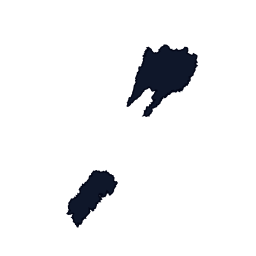 Hpa-An, Kayin, Myanmar (Albers equal-area conic projection), rotated 239°
{"feature_id": "60261553B96608852730046", "entity_name": "Hpa-An", "entity_type": "district", "adm_level": 2, "iso_a3": "MMR", "parent_name": "Myanmar", "parent_adm1": "Kayin", "projection": "albers", "projection_center": [97.347, 18.013], "detail": "fine", "context": "isolated", "style": "filled", "palette": "ink", "viewbox_px": 256, "rotation_deg": 239, "n_neighbors": 0, "source": "geoboundaries", "source_scale": "gbopen_adm2", "svg_char_len": 5812}
<svg xmlns="http://www.w3.org/2000/svg" viewBox="0 0 256 256"><g transform="rotate(239 128 128)"><path d="M183.4,188.2L185.8,187.2L185.6,186.9L186.0,186.4L186.5,186.7L186.8,185.7L185.6,185.9L185.2,184.7L185.0,185.6L184.4,185.5L184.6,183.6L185.3,183.7L185.3,183.3L184.6,182.9L183.7,183.1L183.5,182.5L184.2,181.9L183.0,181.5L183.2,180.9L182.4,181.1L182.4,180.3L181.9,180.1L182.0,179.4L181.0,179.8L181.2,179.1L181.9,178.8L182.0,178.3L181.8,178.1L180.9,178.7L180.1,178.2L179.3,176.8L177.2,176.0L176.9,175.0L176.0,174.2L175.3,174.2L175.4,173.3L174.8,172.4L174.0,172.4L173.5,171.5L173.5,170.2L174.3,169.2L173.8,168.9L173.8,168.3L172.5,167.7L171.9,167.9L170.8,166.2L169.8,165.4L170.5,164.9L170.5,164.7L169.1,163.7L166.6,160.3L165.1,160.3L164.8,159.2L162.4,158.5L162.1,157.3L161.6,157.0L161.0,155.4L157.7,152.7L155.9,150.5L154.5,149.5L154.3,148.8L152.5,146.5L152.5,145.4L153.1,144.8L152.3,143.7L151.4,143.4L150.8,142.0L149.8,141.3L149.8,140.6L148.7,140.6L147.3,138.8L146.8,139.1L146.8,140.5L147.1,141.9L148.1,143.5L147.7,144.7L149.1,148.5L148.6,150.6L149.2,151.6L149.5,155.1L151.6,159.2L151.6,160.4L152.7,161.7L152.0,164.6L152.3,167.0L151.7,167.5L150.2,168.0L148.1,167.8L147.2,168.0L146.3,170.9L145.5,172.0L144.9,171.8L144.9,170.6L144.1,169.0L143.4,168.3L142.0,164.4L141.0,164.0L140.7,164.2L139.9,164.1L138.4,165.3L138.3,164.3L138.0,164.5L138.0,163.6L136.6,163.1L136.6,162.5L137.2,162.0L137.0,161.7L137.2,161.2L136.5,161.4L136.2,160.3L135.5,159.8L136.5,158.7L134.8,157.0L136.3,155.1L136.1,154.7L134.0,153.0L134.0,152.4L133.2,151.7L134.0,151.0L132.3,150.3L132.3,149.7L131.2,149.2L130.7,147.8L130.2,149.3L128.8,149.6L128.3,151.9L127.8,152.2L128.7,153.1L128.7,153.8L129.1,154.1L129.0,155.3L129.5,155.8L130.2,157.4L132.5,158.2L132.7,159.5L132.2,160.2L132.3,161.6L131.8,162.9L132.0,163.8L133.0,164.6L132.7,164.7L132.6,166.5L133.2,167.3L133.0,168.1L134.3,169.3L134.3,169.6L134.8,169.9L134.5,170.4L134.8,171.0L135.2,171.2L135.6,171.8L136.0,171.6L136.1,172.2L135.6,172.5L135.6,172.9L136.2,173.0L136.6,173.7L136.4,174.7L135.2,175.2L135.1,176.1L135.2,176.4L135.7,176.2L135.5,176.8L135.9,176.8L135.9,177.5L136.4,177.9L135.9,178.3L136.4,178.7L136.3,179.2L137.0,179.8L136.8,179.9L136.2,179.7L135.7,181.0L136.2,181.2L135.9,181.6L136.1,182.3L136.6,182.5L136.4,182.8L136.8,183.1L136.4,183.5L136.8,184.4L137.4,184.7L137.0,185.4L136.4,185.3L136.8,186.1L136.4,186.3L136.3,185.8L135.8,185.7L135.4,186.4L135.5,187.1L134.8,188.2L134.6,188.0L134.6,187.4L134.4,187.5L134.3,188.5L134.9,188.8L135.3,189.6L134.9,190.5L134.8,190.2L134.4,190.3L134.6,191.1L133.8,191.5L133.2,190.8L132.8,191.1L133.8,191.9L133.2,192.0L133.2,192.4L134.0,192.4L134.3,192.8L133.7,192.8L133.5,193.3L132.7,193.5L133.4,194.2L132.9,194.3L133.0,194.6L133.7,195.5L134.5,195.8L134.5,196.6L134.9,196.7L135.1,197.4L134.4,198.2L135.0,199.0L134.8,200.4L134.4,201.0L134.8,201.4L135.6,200.7L135.3,201.7L135.7,202.4L135.5,202.8L137.5,203.7L137.5,204.2L136.8,204.4L136.6,205.0L137.2,205.9L138.7,206.6L139.1,206.3L140.2,207.0L139.6,207.7L139.9,208.8L140.1,211.1L141.1,211.4L143.3,215.3L143.8,215.1L145.1,216.1L145.1,217.1L145.9,217.7L145.9,219.2L147.7,218.6L149.0,218.9L148.7,220.5L149.3,220.5L151.7,221.2L152.7,222.7L154.3,224.1L154.9,224.0L157.8,222.3L156.9,221.2L157.3,220.0L158.6,219.0L161.9,217.1L162.3,217.2L163.2,218.6L163.9,219.2L164.5,219.3L165.3,219.9L166.5,219.8L167.7,218.2L167.1,217.0L166.8,215.4L167.4,213.9L167.4,212.6L167.7,212.4L168.7,210.5L170.5,210.2L170.2,208.6L170.9,206.8L171.7,205.8L172.3,205.5L172.7,205.8L173.2,204.8L173.6,204.6L175.0,204.2L176.2,204.6L178.8,203.7L179.5,202.9L179.5,202.2L180.0,202.2L180.3,201.6L179.6,200.8L179.9,198.1L179.1,196.6L178.9,194.8L177.6,194.8L177.1,192.3L177.5,190.9L178.3,190.2L178.4,189.0L179.7,188.2L181.3,188.1L181.8,187.6L183.4,188.2ZM100.5,87.0L102.3,87.0L101.7,85.7L103.4,84.4L103.2,83.0L104.0,82.2L104.4,80.9L104.6,80.6L105.6,81.0L106.0,80.6L106.3,79.5L107.7,78.7L107.7,77.1L108.5,76.2L107.7,74.7L107.5,73.5L106.3,72.7L105.9,72.7L105.6,72.3L106.0,71.4L106.5,71.0L106.2,70.1L103.8,68.1L103.9,67.3L103.1,65.3L102.5,64.8L103.1,63.4L102.1,61.8L101.5,61.4L103.0,60.1L102.6,59.7L101.9,59.5L101.3,58.7L101.8,57.8L100.6,56.5L101.0,55.9L100.1,54.6L99.1,55.0L96.8,53.4L96.5,52.2L96.6,51.7L97.3,51.3L96.4,50.6L95.7,49.7L96.3,49.1L95.5,49.0L95.1,48.3L95.3,47.4L95.8,47.0L95.1,46.5L95.1,46.2L95.5,45.9L95.2,45.2L95.2,43.8L95.8,43.5L96.1,42.9L94.7,40.7L94.0,38.7L92.9,38.5L91.9,37.5L91.8,36.9L89.5,35.8L87.0,35.8L87.3,34.5L87.0,34.5L86.5,33.8L85.9,31.9L84.8,32.5L84.9,33.3L84.3,33.5L84.0,34.0L83.7,36.2L83.0,37.0L82.5,37.2L81.2,35.3L80.6,35.1L80.5,34.7L80.0,34.6L80.1,34.0L78.8,34.6L78.6,34.1L77.4,34.4L75.8,33.1L74.0,34.0L72.4,33.6L72.1,34.0L69.5,33.8L69.2,34.1L70.8,36.0L72.1,36.0L71.4,37.2L70.6,37.3L70.7,37.9L70.1,38.1L71.3,40.2L72.0,40.3L72.9,41.3L73.1,41.2L72.6,41.8L72.7,42.0L73.3,41.9L73.0,42.9L73.2,43.1L73.5,42.8L73.6,43.5L72.8,45.1L73.3,45.1L73.8,45.6L75.3,51.1L75.9,51.5L76.0,52.1L76.6,52.0L79.0,53.4L78.0,53.9L77.5,54.5L75.2,55.3L75.4,56.2L76.4,56.0L76.7,57.4L76.3,58.0L76.3,58.8L78.2,60.9L80.0,62.2L79.2,63.1L79.9,63.5L80.1,65.0L79.5,66.0L80.4,65.9L80.6,66.7L81.1,67.2L80.7,67.6L80.7,68.6L81.2,68.5L81.6,67.7L82.2,68.5L82.4,68.0L82.7,68.1L83.0,68.9L83.3,68.5L83.0,68.1L83.8,67.8L85.1,68.3L86.2,69.5L86.2,70.1L85.5,70.1L85.3,70.5L85.2,69.9L84.2,70.0L84.7,70.7L84.0,70.7L83.9,71.4L83.0,70.0L82.4,70.3L81.8,71.3L81.8,72.2L81.3,73.0L81.9,73.5L81.8,74.0L82.3,74.8L83.4,75.5L83.1,76.7L84.7,77.1L84.9,77.6L83.2,78.0L81.4,78.1L80.3,77.8L80.0,78.1L80.7,81.6L81.3,82.2L81.6,83.1L82.2,83.3L83.2,84.2L84.6,87.3L85.1,87.1L85.6,87.4L85.9,88.0L85.8,88.9L86.5,89.8L86.4,90.1L86.9,90.4L87.9,90.2L88.1,89.4L89.4,88.3L90.8,88.7L92.6,90.2L93.5,89.9L94.7,90.4L95.7,89.4L96.4,89.4L97.5,88.0L98.9,88.1L99.5,87.6L100.0,87.8L100.5,87.0ZM148.3,220.9L149.8,220.9L149.4,220.6L148.3,220.9Z" fill="#0f172a" stroke="#020617" stroke-width="1.5"/></g></svg>